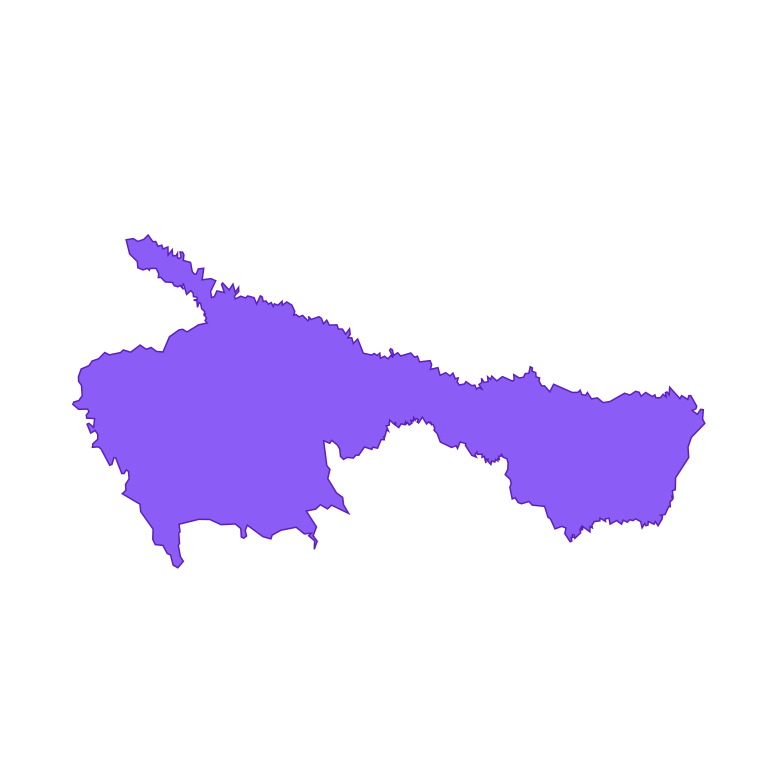 outline of San Luis De Palenque, Casanare, Colombia, rotated 350°
{"feature_id": "7082276B9336355262277", "entity_name": "San Luis De Palenque", "entity_type": "district", "adm_level": 2, "iso_a3": "COL", "parent_name": "Colombia", "parent_adm1": "Casanare", "projection": "equal_earth", "projection_center": [-71.555, 5.277], "detail": "fine", "context": "isolated", "style": "filled", "palette": "violet", "viewbox_px": 768, "rotation_deg": 350, "n_neighbors": 0, "source": "geoboundaries", "source_scale": "gbopen_adm2", "svg_char_len": 6143}
<svg xmlns="http://www.w3.org/2000/svg" viewBox="0 0 768 768"><g transform="rotate(350 384 384)"><path d="M85.8,332.8L84.8,343.1L80.6,347.3L75.3,347.9L74.0,350.0L78.9,355.9L87.8,357.2L88.6,360.1L85.4,363.0L85.3,366.0L93.0,367.8L90.5,376.2L86.5,371.5L84.6,372.0L86.6,381.4L91.5,379.7L93.4,384.0L92.4,388.8L86.9,392.3L85.8,395.7L91.7,396.3L94.0,398.7L99.8,416.5L102.2,415.8L105.2,409.7L106.9,410.1L110.2,426.7L112.5,427.0L115.2,423.9L117.2,425.7L116.5,433.1L112.0,438.0L111.4,443.9L107.2,446.6L122.8,460.0L122.2,467.4L131.4,486.8L129.3,496.9L130.9,502.5L138.2,504.5L141.1,513.3L144.1,515.3L144.9,525.7L149.0,529.2L155.6,523.8L153.5,518.7L153.4,507.1L154.9,505.6L156.0,495.1L157.5,494.2L157.8,486.5L178.2,485.1L189.0,487.2L199.0,494.2L213.3,496.0L217.9,501.5L216.9,510.0L219.2,511.5L222.3,509.8L221.9,504.1L224.9,499.3L238.2,513.3L245.8,516.9L247.6,513.4L257.1,510.1L272.6,509.8L279.5,517.8L286.5,518.3L283.5,520.4L288.4,526.4L286.6,534.7L290.9,527.2L287.9,521.1L292.7,513.0L285.4,495.6L294.9,495.4L300.4,491.8L306.7,497.2L311.3,494.2L326.7,505.3L323.2,495.9L323.6,488.5L318.3,483.0L312.2,467.3L315.9,458.7L313.5,454.5L314.7,429.4L320.3,433.0L322.7,430.4L327.6,436.1L329.1,440.5L328.6,447.8L331.0,451.2L335.1,449.9L341.0,451.6L344.1,449.1L346.7,449.8L353.9,442.6L360.6,446.3L362.0,444.3L366.5,446.1L371.5,438.3L374.6,438.9L374.4,435.4L374.9,437.4L378.7,429.7L380.2,431.1L379.0,425.6L381.9,425.5L383.3,420.5L387.1,425.5L388.9,423.3L388.1,426.4L391.0,429.5L393.9,426.2L397.2,427.6L398.6,425.2L398.7,427.4L400.4,425.9L401.7,428.8L404.7,427.4L404.2,424.5L406.1,425.9L407.4,422.2L408.3,425.2L409.7,423.6L411.5,424.9L410.0,427.1L411.3,428.4L416.0,423.3L419.0,430.8L421.4,429.1L422.9,430.9L423.3,429.2L423.8,432.4L425.2,432.3L426.3,436.2L425.2,438.3L427.7,441.8L429.4,450.9L439.5,458.2L444.3,457.3L445.2,460.3L448.9,454.3L454.2,456.9L453.5,458.7L458.1,469.5L462.2,472.0L461.3,469.4L463.6,467.1L463.8,469.5L468.4,470.2L467.8,473.3L470.2,472.7L470.6,479.6L471.4,475.8L473.6,476.1L472.6,477.6L475.3,481.8L476.6,478.6L479.6,480.1L480.8,477.7L482.8,479.6L483.2,477.3L484.5,478.3L484.5,475.1L487.2,475.4L487.5,472.9L488.3,476.5L492.1,479.0L492.5,483.3L491.1,489.5L487.6,494.3L491.7,499.8L492.0,504.2L490.0,507.6L490.3,519.5L493.4,518.8L495.5,524.0L498.6,525.8L506.4,524.9L508.9,529.0L520.9,532.4L522.3,543.5L524.6,546.0L527.3,556.4L534.3,555.1L538.2,557.4L536.1,562.7L539.9,571.7L541.8,571.2L541.5,568.1L544.1,567.9L542.8,567.0L543.4,565.1L545.0,565.6L545.2,569.1L551.8,564.7L551.8,561.4L553.3,559.5L553.5,562.1L554.5,561.6L554.7,558.6L561.1,565.4L562.1,560.2L564.2,561.9L564.2,559.2L567.4,555.9L572.8,556.3L573.4,553.6L578.3,557.8L578.4,555.3L582.3,555.3L582.3,561.3L589.3,558.9L593.6,563.3L596.1,559.7L599.6,562.4L602.4,560.3L605.5,561.8L608.3,560.4L612.9,564.1L613.2,570.5L616.6,566.7L617.3,569.0L619.5,568.7L620.4,565.3L625.5,569.0L627.3,566.6L629.3,571.2L634.5,565.1L635.2,562.9L633.6,561.3L638.2,561.3L643.2,554.0L644.6,554.6L645.2,549.7L648.2,547.8L648.0,544.8L649.0,545.8L649.5,539.1L652.5,538.7L654.9,526.9L671.3,509.3L672.4,499.0L677.5,489.8L693.1,478.5L691.7,473.8L694.0,464.7L691.5,463.9L687.3,468.3L682.9,463.5L686.8,462.7L688.1,460.2L684.1,448.7L682.2,448.4L680.4,452.0L675.1,447.1L672.9,449.8L664.8,436.8L662.9,444.2L661.3,441.0L659.6,441.4L659.6,445.7L657.1,442.6L653.8,445.5L649.3,444.8L648.9,441.8L645.9,442.9L640.3,437.8L635.0,440.7L633.9,436.5L630.5,434.9L624.3,437.6L619.3,434.9L603.5,440.5L596.6,440.4L591.7,434.7L585.8,434.7L582.8,427.7L580.7,430.2L577.0,428.7L576.1,424.1L573.6,425.9L567.9,425.0L551.0,413.7L545.9,420.5L541.8,413.7L538.9,413.2L537.2,407.9L538.3,405.0L535.0,403.4L535.4,399.1L532.0,397.1L532.9,393.9L531.0,392.4L528.5,398.5L524.8,398.3L522.6,401.5L518.4,401.6L513.4,397.3L513.0,402.3L511.1,403.5L501.9,397.3L495.6,400.5L491.5,395.0L489.7,398.0L487.3,394.9L486.9,399.8L482.9,399.8L481.0,395.3L480.6,399.5L477.4,401.0L479.5,405.9L476.6,403.8L474.2,405.1L473.3,400.9L470.1,400.8L465.1,395.9L463.3,397.9L458.0,398.1L456.4,394.7L458.1,390.9L455.1,391.2L453.8,385.2L450.5,387.5L446.7,383.6L440.8,385.2L439.9,377.2L432.2,377.7L434.3,373.3L433.5,369.0L422.8,368.4L421.8,362.4L418.7,362.9L415.8,358.1L405.3,359.3L402.9,355.6L398.4,357.4L398.2,351.8L396.6,350.4L395.4,351.9L397.6,359.5L395.4,357.2L392.4,360.0L389.3,356.7L384.9,358.0L385.2,352.9L382.1,354.7L379.7,352.3L376.7,353.3L369.0,350.1L365.9,335.1L360.8,338.8L360.3,332.9L356.4,332.2L359.4,329.1L359.6,323.7L354.8,328.3L352.6,322.7L348.6,321.9L348.0,317.6L340.4,316.5L338.7,311.2L334.8,314.2L333.8,308.6L331.6,306.4L323.6,307.8L321.3,304.3L321.6,307.1L320.0,308.5L315.8,302.3L312.2,303.2L309.2,300.1L307.0,300.6L308.7,297.0L307.0,290.4L302.5,286.3L297.6,288.7L298.0,284.8L293.3,288.0L290.0,286.0L288.4,288.4L287.1,284.2L284.0,285.3L282.2,281.7L279.4,281.8L279.2,277.2L277.5,275.7L272.5,283.1L271.0,276.4L265.1,273.6L262.6,275.2L258.3,272.7L252.3,274.4L252.0,271.4L257.0,267.7L257.6,263.6L253.4,267.9L252.6,259.4L247.8,264.5L242.7,256.5L241.3,257.7L242.7,266.2L235.6,263.3L232.1,268.5L229.3,269.0L229.3,262.8L236.2,253.1L231.9,250.2L223.0,249.8L226.6,238.7L221.1,238.4L218.3,243.0L216.4,242.9L214.7,239.9L214.6,230.7L207.8,227.5L209.4,222.1L208.5,219.1L206.0,218.6L206.2,223.7L203.8,224.8L202.6,223.9L203.4,219.3L201.5,221.5L198.2,221.1L198.7,215.0L193.8,219.5L195.0,211.5L189.8,212.6L189.3,208.7L185.3,209.1L184.0,204.1L181.0,203.6L177.6,196.3L172.5,199.9L166.3,200.8L162.4,197.3L155.1,197.2L156.1,211.8L162.3,220.5L161.8,226.8L166.5,229.8L171.1,229.1L172.7,231.2L173.6,229.6L179.7,230.6L181.3,236.3L180.2,240.0L182.7,240.2L186.3,245.5L193.2,247.2L194.5,250.8L197.9,252.5L200.3,251.6L203.0,256.0L201.9,252.3L203.9,250.8L205.2,261.5L209.9,258.5L211.8,261.3L211.5,264.8L214.8,266.0L215.0,268.2L211.1,268.3L214.2,269.7L213.6,276.1L216.1,271.6L217.4,273.0L217.5,278.2L220.0,281.7L218.8,284.4L220.1,284.2L219.3,285.6L220.7,288.4L218.8,290.3L220.4,293.2L211.7,293.5L199.0,298.5L195.3,295.2L191.6,295.1L180.9,300.2L171.9,314.1L165.6,312.4L161.0,307.6L155.8,308.5L150.6,303.3L140.1,308.7L133.2,305.2L130.0,307.3L118.5,307.6L114.5,304.5L107.3,309.6L100.5,310.7L96.7,314.7L88.4,316.6L84.3,323.9L83.7,328.2L85.8,332.8Z" fill="#8b5cf6" stroke="#5b21b6" stroke-width="1.5"/></g></svg>